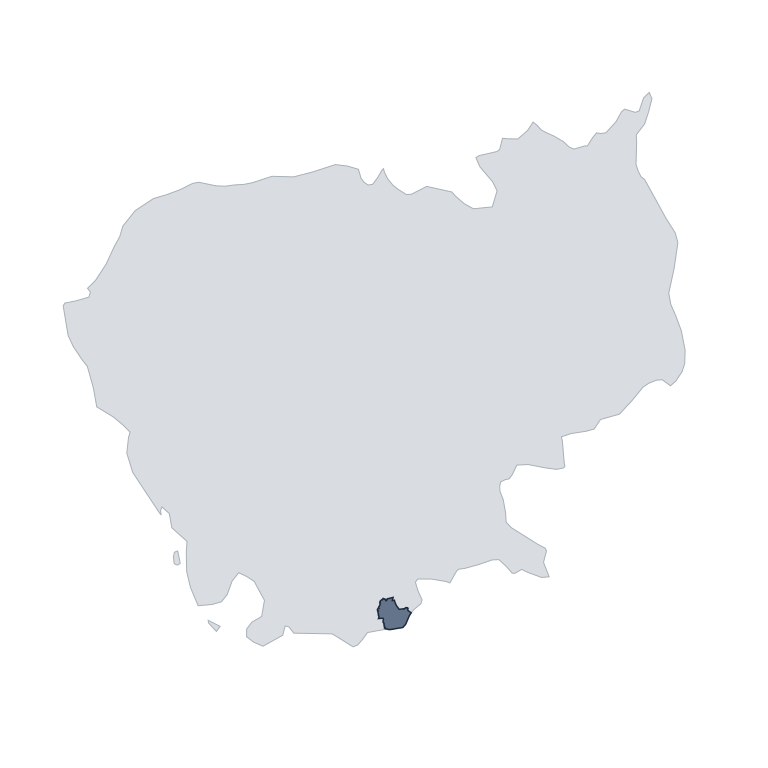 location of Kiri Vong, Takêv, Cambodia, rotated 353°
{"feature_id": "14789045B7964460179399", "entity_name": "Kiri Vong", "entity_type": "district", "adm_level": 2, "iso_a3": "KHM", "parent_name": "Cambodia", "parent_adm1": "Takêv", "projection": "mercator", "projection_center": [104.745, 10.65], "detail": "fine", "context": "in_parent", "style": "filled", "palette": "slate", "viewbox_px": 768, "rotation_deg": 353, "n_neighbors": 0, "source": "geoboundaries", "source_scale": "gbopen_adm2", "svg_char_len": 6874}
<svg xmlns="http://www.w3.org/2000/svg" viewBox="0 0 768 768"><g transform="rotate(353 384 384)"><path d="M682.8,126.9L684.7,133.5L679.8,146.1L674.5,157.5L664.7,167.5L664.2,174.8L660.9,196.7L662.2,203.6L664.4,209.6L667.6,212.8L676.2,234.1L683.9,253.5L691.5,269.5L692.9,279.6L685.9,305.1L677.7,328.5L678.4,340.1L681.9,351.8L685.6,367.4L687.0,387.2L685.0,400.2L681.3,408.2L674.2,416.5L668.1,420.7L660.7,413.7L654.8,413.4L646.9,415.5L640.7,418.7L628.0,430.8L614.0,442.6L594.6,445.6L587.1,454.3L579.0,455.5L563.6,456.0L553.6,458.0L554.1,462.4L553.3,483.1L553.5,487.9L551.9,489.2L545.0,489.8L533.2,486.7L517.3,481.5L506.0,480.7L500.1,489.8L496.7,493.3L492.4,493.8L487.9,495.4L486.4,499.4L486.0,504.5L488.2,513.1L489.0,526.7L488.4,536.0L492.6,541.9L516.9,561.7L524.1,566.7L524.9,569.6L520.6,580.4L524.4,595.5L516.8,595.2L504.1,588.7L498.0,584.8L490.7,587.9L488.1,587.3L483.1,579.9L476.6,572.3L469.9,571.8L455.8,574.8L441.3,576.9L435.8,576.9L433.5,578.2L425.1,589.5L421.6,587.6L407.0,583.3L393.7,581.7L391.0,584.6L392.6,593.8L395.5,602.8L393.8,606.6L386.5,611.3L376.8,619.9L370.9,626.5L366.8,628.1L352.1,627.8L337.4,628.7L331.6,634.9L326.1,639.8L321.3,641.1L302.2,625.7L264.1,620.3L260.0,613.5L256.4,612.1L252.9,621.0L232.0,629.5L223.2,624.4L216.8,618.1L217.8,610.5L223.8,604.3L234.2,599.8L239.0,584.2L231.1,564.1L224.2,558.3L216.8,553.6L209.2,561.1L202.7,573.9L196.0,580.4L186.4,581.9L172.5,581.4L167.1,562.3L165.3,546.0L167.2,527.3L169.3,516.2L155.9,500.9L155.1,486.4L148.6,478.9L146.7,482.7L146.9,486.9L145.0,483.8L123.8,441.1L120.3,421.3L123.9,406.0L126.1,400.9L119.9,392.8L111.3,383.7L96.1,371.7L95.1,352.7L91.7,330.3L87.1,322.8L80.2,309.0L76.4,297.5L75.1,267.3L77.1,264.8L87.8,264.0L101.7,261.8L103.8,256.9L101.4,252.9L110.3,246.0L122.9,231.0L132.7,215.2L139.8,205.3L144.0,195.5L158.3,181.5L177.9,171.8L191.3,169.6L205.2,166.3L218.5,161.6L224.8,161.2L241.3,166.8L250.3,168.3L259.6,168.2L269.4,168.8L277.8,168.2L298.1,164.2L319.6,167.4L338.8,164.9L362.5,160.3L374.2,163.2L384.8,167.8L386.3,177.0L388.8,181.3L392.3,184.5L397.0,184.5L403.1,178.1L408.1,171.4L409.8,170.2L410.1,173.5L412.6,180.7L417.1,187.8L421.7,192.5L429.3,198.7L434.3,199.0L450.5,193.1L474.8,201.7L477.7,206.0L485.5,214.7L494.1,221.0L513.1,221.4L519.8,206.0L516.5,196.6L505.7,180.2L502.8,170.6L506.2,168.9L524.6,167.0L527.5,165.1L531.6,154.5L536.6,155.7L546.7,157.1L557.5,149.8L563.9,142.2L567.3,145.7L571.1,151.0L575.3,154.1L583.0,158.7L591.5,165.2L596.8,171.5L601.1,174.0L612.0,172.2L614.9,172.5L621.2,164.8L625.6,160.6L629.4,161.8L634.9,161.7L646.3,151.9L652.8,142.9L656.3,140.5L666.5,145.0L670.6,144.0L676.5,131.7L682.8,126.9ZM159.9,537.1L157.8,538.3L155.9,538.3L153.8,536.5L154.0,529.6L155.5,525.4L158.9,524.6L159.9,537.1ZM191.8,604.6L187.5,609.2L180.7,599.7L180.7,597.1L191.8,604.6Z" fill="#d9dde1" stroke="#a8b0b8" stroke-width="1"/><path d="M350.1,607.8L350.2,608.0L350.3,608.1L350.2,608.1L350.3,608.3L350.2,608.4L350.3,608.5L350.4,608.8L350.3,609.0L350.2,609.1L350.3,609.2L350.3,609.3L350.3,609.5L350.3,609.8L350.3,610.0L350.2,610.1L350.3,610.3L350.3,610.6L350.3,610.8L350.3,611.1L350.4,611.3L350.4,611.5L350.4,611.8L350.4,612.0L350.2,612.2L350.2,612.4L350.2,612.6L350.3,612.7L350.3,612.8L350.4,613.0L350.4,613.3L350.5,613.4L350.5,613.6L350.5,613.8L350.6,614.1L350.6,614.3L350.6,614.5L350.6,614.8L350.5,615.0L350.4,615.1L350.5,615.2L350.4,615.3L350.4,615.5L350.3,615.9L350.3,616.0L350.2,616.1L350.3,616.1L350.6,616.2L351.0,616.2L351.3,616.2L351.5,616.2L351.8,616.2L352.1,616.2L352.3,616.3L352.5,616.3L352.9,616.3L353.1,616.3L353.3,616.3L353.5,616.3L353.8,616.4L354.2,616.4L354.3,616.4L354.3,616.5L354.5,616.6L354.5,616.9L354.6,617.0L354.7,617.3L354.7,617.5L354.7,617.9L354.7,618.1L354.6,618.3L354.5,618.5L354.4,618.6L354.3,618.9L354.2,619.0L354.1,619.5L354.1,619.9L354.1,620.0L354.1,620.3L354.1,620.6L354.4,620.8L354.5,620.9L354.6,621.0L354.8,621.2L354.7,621.4L354.8,621.5L354.8,621.8L354.8,622.0L354.8,622.3L354.7,622.3L354.7,622.5L354.7,622.8L354.7,623.0L354.6,623.3L354.7,623.5L354.7,623.8L354.7,624.0L354.8,624.1L354.7,624.2L354.7,624.3L354.8,624.4L354.7,624.5L354.7,624.8L354.8,624.9L354.8,625.0L354.9,625.3L354.8,625.5L355.0,625.7L355.0,625.8L355.3,625.9L355.4,626.0L355.5,626.1L355.4,626.2L355.5,626.2L355.5,626.3L355.5,626.5L355.4,626.6L355.1,626.6L355.0,626.8L354.9,626.8L358.7,628.2L358.8,628.2L358.9,628.3L359.2,628.4L359.4,628.4L359.5,628.5L359.8,628.5L360.5,628.5L363.6,628.4L365.1,628.3L366.4,628.2L368.2,628.2L369.1,628.1L371.0,628.1L372.4,628.0L373.1,627.9L373.3,627.7L373.6,627.5L374.0,627.1L374.4,626.7L374.8,626.4L375.2,626.1L375.5,625.8L375.9,625.4L376.3,625.0L376.4,624.8L376.6,624.5L376.7,624.3L376.9,624.0L377.2,623.4L377.6,622.8L377.8,622.5L377.9,622.2L378.3,621.6L378.6,621.1L379.1,620.2L379.4,619.6L379.7,619.2L379.9,618.7L380.2,618.3L380.5,617.8L380.7,617.4L381.1,616.9L381.3,616.6L381.6,616.2L382.0,615.8L382.3,615.3L382.7,615.0L383.1,614.4L382.9,614.3L382.2,613.6L381.5,612.9L380.6,612.1L380.2,611.6L380.1,611.4L380.1,611.1L380.1,610.7L380.1,610.4L380.4,610.1L380.5,609.9L380.4,609.7L380.2,609.4L380.3,609.2L380.2,609.0L380.0,608.9L379.8,608.9L379.5,608.9L379.4,608.9L379.2,608.8L378.8,608.9L378.7,608.6L378.3,608.6L378.1,608.7L377.9,608.9L377.8,609.0L377.5,609.1L377.1,609.4L376.8,609.6L376.7,609.8L376.4,609.8L376.3,609.5L376.1,609.5L371.6,609.5L371.3,609.0L370.8,608.1L370.4,607.3L370.0,606.7L369.8,606.3L369.3,605.4L368.9,604.2L368.7,603.6L368.6,603.1L368.4,602.5L368.3,601.9L368.2,601.4L368.1,601.1L368.1,600.9L368.0,600.7L368.0,599.9L365.9,600.0L367.0,596.9L366.2,597.0L365.1,597.2L364.8,597.2L364.5,597.2L364.3,597.3L364.1,597.3L363.9,597.3L363.6,597.4L363.4,597.4L363.1,597.4L362.9,597.5L362.3,597.5L361.8,597.5L361.6,597.5L361.3,597.6L361.2,597.7L360.8,598.0L360.6,598.2L360.6,598.3L360.6,598.5L360.5,598.8L360.4,598.9L360.3,599.0L360.2,599.0L359.9,599.2L359.7,599.3L359.4,599.3L359.4,599.1L359.5,598.9L359.5,598.7L359.3,598.5L359.2,598.4L359.0,598.2L358.9,598.1L359.0,597.9L358.9,597.9L358.7,597.8L358.6,597.7L358.3,597.5L358.2,597.5L358.1,597.3L357.9,597.3L357.7,597.2L357.6,597.3L357.4,597.4L357.2,597.4L356.9,597.3L356.7,597.3L356.6,597.2L356.5,597.3L356.5,597.2L356.2,597.5L355.9,597.8L355.7,597.8L355.3,598.0L355.1,598.1L354.9,598.2L354.7,598.4L354.5,598.5L354.3,598.7L354.2,598.7L354.0,598.9L353.8,599.0L353.6,599.3L353.6,599.5L353.6,599.9L353.6,600.1L353.4,600.2L353.3,600.3L353.2,600.3L353.2,600.5L353.3,600.8L353.3,601.0L353.2,601.1L353.3,601.4L353.3,601.5L353.5,601.7L353.6,601.8L353.6,602.0L353.4,602.1L353.2,602.1L353.2,602.3L353.2,602.5L353.1,602.8L352.8,603.1L352.7,603.3L352.6,603.5L352.4,603.7L352.3,603.8L352.2,604.1L351.9,604.2L351.8,604.3L351.8,604.5L351.6,604.8L351.5,605.0L351.4,605.1L351.4,605.3L351.4,605.5L351.2,605.7L351.3,605.8L351.2,605.8L351.2,606.0L350.9,606.1L350.6,606.4L350.4,606.4L350.3,606.5L350.2,606.7L350.1,606.8L350.1,607.0L349.9,607.3L350.0,607.5L350.1,607.8Z" fill="#64748b" stroke="#1e293b" stroke-width="1.5"/></g></svg>